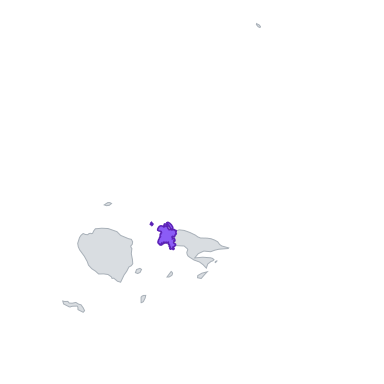 Bua, Northern, Fiji (highlighted), rotated 42°
{"feature_id": "14151628B59272471160482", "entity_name": "Bua", "entity_type": "district", "adm_level": 2, "iso_a3": "FJI", "parent_name": "Fiji", "parent_adm1": "Northern", "projection": "natural_earth1", "projection_center": [178.732, -16.793], "detail": "fine", "context": "in_parent", "style": "filled", "palette": "violet", "viewbox_px": 384, "rotation_deg": 42, "n_neighbors": 0, "source": "geoboundaries", "source_scale": "gbopen_adm2", "svg_char_len": 7051}
<svg xmlns="http://www.w3.org/2000/svg" viewBox="0 0 384 384"><g transform="rotate(42 192 192)"><path d="M182.6,270.8L182.6,273.1L183.9,274.0L185.1,274.2L188.2,278.5L193.1,282.2L196.0,285.0L196.2,287.4L195.3,290.0L196.5,294.5L197.1,299.3L199.3,306.8L196.3,308.2L191.5,308.4L190.4,309.7L188.8,309.0L184.8,309.5L181.1,312.0L177.5,315.4L173.3,315.4L168.7,316.1L164.0,315.6L160.7,313.8L155.0,311.8L147.3,310.2L144.1,308.8L141.4,306.6L138.9,301.1L138.5,298.4L138.9,295.7L141.2,294.9L143.1,293.5L143.3,291.8L144.2,290.6L145.2,290.2L145.8,289.3L145.0,286.6L144.8,284.0L149.2,279.3L154.1,275.3L162.7,271.7L168.0,272.0L176.0,269.2L178.6,267.8L181.2,268.7L182.6,270.8ZM256.7,209.8L250.2,216.6L247.8,220.1L245.8,223.9L240.3,228.0L237.9,233.6L238.1,239.2L243.6,233.3L249.8,228.5L251.7,227.6L253.7,227.6L253.5,229.3L252.6,230.9L251.9,235.1L253.6,239.0L249.0,238.6L244.4,239.0L239.0,241.2L233.6,242.1L231.7,242.2L229.8,241.4L228.5,240.3L227.5,237.7L226.5,237.3L222.3,237.4L216.0,242.5L213.9,246.9L211.5,247.1L208.6,246.2L205.1,249.5L201.0,250.8L199.2,247.9L198.0,244.4L196.5,241.9L192.0,241.2L192.7,238.1L193.9,236.8L195.0,234.9L195.7,232.8L197.8,234.2L200.1,235.0L202.6,233.4L205.2,233.3L207.8,228.7L211.9,225.8L217.5,223.5L223.3,221.8L226.3,221.5L229.1,220.5L234.1,216.2L237.4,214.0L241.0,212.6L244.4,211.8L247.6,212.5L250.2,212.2L256.7,209.0L256.7,209.8ZM191.6,352.1L191.6,354.2L186.0,355.7L184.2,353.9L183.0,353.6L179.7,356.8L178.8,358.1L178.4,359.0L177.6,359.5L171.5,361.1L168.9,359.5L170.7,358.5L172.9,356.4L175.1,356.7L177.4,354.8L179.6,351.8L182.8,351.2L185.0,350.1L188.7,350.9L191.6,352.1ZM256.7,250.1L253.5,252.0L252.2,250.2L253.7,245.7L256.7,241.1L256.6,244.8L256.7,250.1ZM228.6,307.9L228.2,308.3L224.5,304.2L224.6,302.6L225.3,301.2L226.8,299.8L228.1,302.1L229.2,306.0L228.6,307.9ZM206.2,288.9L203.9,289.8L202.7,286.7L204.4,283.6L206.3,283.3L207.2,286.5L206.2,288.9ZM231.8,270.6L230.3,271.9L229.7,265.0L231.1,265.0L232.2,265.7L232.8,267.5L231.8,270.6ZM137.6,259.4L135.4,260.3L136.5,256.2L137.8,255.0L138.6,254.7L139.9,254.4L139.4,257.3L137.6,259.4ZM132.3,24.4L130.6,24.9L127.8,24.5L127.3,23.6L128.1,23.5L129.9,22.9L132.1,23.2L132.5,23.7L132.3,24.4ZM256.7,228.7L256.1,228.7L256.0,227.8L256.7,226.1L256.7,228.7Z" fill="#d9dde1" stroke="#a8b0b8" stroke-width="1"/><path d="M211.7,239.4L211.5,239.5L211.3,239.5L211.2,239.6L211.2,239.4L211.2,239.2L210.9,239.1L210.8,238.8L210.8,238.7L210.5,238.6L210.4,238.5L210.0,238.4L209.9,238.3L209.7,238.6L209.7,238.8L209.5,239.0L209.3,239.0L209.0,239.6L208.9,239.3L208.9,239.2L208.8,239.3L208.7,239.2L208.2,239.3L208.2,239.2L207.7,239.0L207.3,238.8L207.2,238.8L207.2,238.6L207.1,238.4L207.1,238.2L207.3,237.8L207.5,237.7L207.8,237.6L208.1,237.6L208.3,237.5L208.4,237.2L208.5,237.0L208.5,236.8L208.6,236.7L208.8,236.6L208.8,236.4L208.7,236.1L208.6,235.9L208.5,235.7L208.4,235.5L208.2,235.4L208.2,235.1L208.2,234.8L208.2,234.7L208.3,234.6L208.2,234.4L208.2,234.2L208.3,234.1L208.2,234.0L208.2,233.9L208.0,233.7L207.9,233.6L208.0,233.5L208.0,233.4L207.9,233.4L207.8,233.5L207.7,233.3L207.4,233.2L207.2,232.9L207.2,233.0L207.1,232.9L206.5,232.2L206.6,231.9L206.5,231.7L206.3,231.4L205.9,231.6L205.7,231.5L205.6,231.4L205.3,231.6L205.4,231.9L205.2,232.0L205.0,231.9L204.4,232.0L204.4,231.9L204.2,232.0L204.0,231.8L203.8,231.8L203.5,232.0L203.3,232.3L203.2,232.6L203.1,232.9L203.0,233.0L203.0,232.8L202.8,232.8L202.7,233.0L202.1,233.5L201.6,234.1L201.3,234.2L201.2,234.2L201.0,233.7L200.9,233.6L200.7,233.6L200.6,234.3L200.5,234.7L200.5,235.0L200.3,235.4L199.6,235.2L198.4,235.2L198.1,234.9L197.8,234.7L197.3,234.1L197.2,234.0L196.9,234.2L196.7,234.3L196.5,234.6L196.2,234.6L195.8,234.5L195.8,234.3L196.3,234.1L196.1,233.8L195.6,233.3L195.2,233.1L194.9,233.0L193.5,233.6L193.3,233.7L192.9,234.2L192.9,234.3L193.2,234.7L193.3,235.1L193.3,235.5L193.7,235.7L194.4,235.5L194.7,235.3L194.9,235.1L195.0,235.2L194.8,235.9L194.9,236.0L194.7,236.3L194.7,236.5L194.4,236.9L193.4,237.0L192.6,237.2L191.8,237.7L191.2,238.3L191.0,238.8L190.8,239.4L190.8,240.6L191.0,241.3L191.2,242.3L191.8,243.2L192.2,243.4L192.8,243.1L193.4,243.1L195.1,242.1L195.6,242.0L195.8,242.1L196.2,242.6L196.6,242.7L196.4,243.4L196.5,243.5L196.4,243.6L196.5,243.7L196.5,243.8L196.9,244.0L197.0,244.2L196.9,244.3L196.7,244.4L196.6,244.6L196.7,244.8L196.8,244.9L197.4,245.6L197.9,246.3L198.0,246.4L198.4,246.4L198.3,246.7L198.5,246.8L198.4,247.1L198.4,247.5L198.6,247.6L198.6,248.0L198.9,248.7L199.0,248.9L199.1,249.1L199.1,249.3L199.1,249.6L199.1,249.8L199.3,250.1L199.4,250.5L199.5,250.6L199.7,251.1L200.0,251.2L200.0,251.3L200.1,251.9L200.4,252.0L200.6,252.4L201.2,252.6L201.6,252.6L201.9,252.6L202.2,252.4L202.5,252.7L203.0,252.8L203.4,252.8L203.8,252.7L203.8,252.4L203.4,252.2L203.5,252.0L204.1,252.3L204.4,252.2L204.7,252.0L204.9,251.6L205.0,251.0L204.9,250.8L204.8,250.7L204.3,250.6L204.0,250.6L203.8,250.5L203.7,250.2L204.7,250.2L205.0,250.1L205.3,249.8L205.4,249.5L205.2,249.3L205.1,249.2L205.5,249.1L205.6,248.9L205.5,248.6L205.2,248.3L205.0,248.2L204.7,248.1L204.9,247.9L205.3,247.7L205.6,247.8L205.8,247.8L206.2,247.6L206.3,247.3L206.3,247.2L206.3,246.8L206.6,247.0L206.9,247.0L207.4,246.7L207.5,246.4L207.5,246.0L207.7,245.7L207.8,245.4L208.0,245.1L209.5,246.6L210.1,246.5L210.2,246.3L210.9,246.5L211.0,247.0L211.2,247.4L211.4,247.7L211.7,247.8L212.1,247.8L212.3,247.6L212.3,247.4L212.7,247.4L212.9,247.6L213.2,247.8L213.5,248.2L213.5,248.3L213.4,248.5L213.1,248.6L213.2,248.8L213.3,248.9L213.9,249.0L214.2,249.0L214.5,248.7L214.7,248.2L214.8,247.9L215.2,247.5L215.7,247.4L216.4,247.4L216.5,247.4L216.7,247.1L216.7,246.6L216.8,246.5L216.8,246.3L216.6,246.0L216.5,245.9L216.3,245.9L216.1,246.0L215.7,246.1L215.3,245.9L215.2,245.9L215.1,245.6L214.9,245.7L214.8,245.9L214.7,245.9L214.6,245.7L214.8,245.3L215.1,244.9L215.3,244.3L215.2,243.7L215.4,243.1L215.4,242.7L215.2,242.2L214.8,241.9L214.7,241.9L214.5,241.7L214.4,241.7L214.3,241.8L214.2,242.0L213.9,242.0L213.5,242.1L213.3,242.1L212.8,242.1L212.4,241.9L212.3,242.0L212.2,241.9L212.0,241.7L211.9,241.6L211.8,241.4L211.8,241.1L211.8,240.8L211.9,240.5L211.8,240.4L212.0,240.1L211.9,240.0L211.7,239.7L211.8,239.6L211.7,239.4ZM202.0,233.3L202.2,233.1L202.3,232.8L202.2,232.1L201.7,231.4L201.2,231.0L200.0,230.6L198.7,230.2L196.5,230.1L194.6,230.5L194.2,230.8L193.8,231.7L194.0,231.8L195.0,232.2L195.8,232.2L197.9,232.6L199.0,233.0L200.4,233.3L201.3,233.3L201.7,233.3L202.0,233.3ZM182.5,241.6L182.4,241.6L182.5,241.8L182.3,242.0L182.6,242.1L182.6,242.4L182.9,242.5L183.0,242.5L183.0,242.8L182.9,242.9L182.7,243.0L182.8,243.1L183.0,243.1L183.2,243.3L183.4,243.3L183.6,243.6L183.8,243.5L184.0,243.6L184.0,243.8L184.1,243.5L184.2,243.4L184.4,243.4L184.4,243.6L184.6,243.7L184.7,243.3L184.7,243.1L184.5,242.9L184.3,242.9L184.2,242.8L184.2,242.6L184.5,242.4L184.5,242.2L184.5,241.9L184.2,241.9L184.1,242.2L184.0,242.3L183.9,242.2L183.8,242.3L183.6,242.1L183.4,242.2L183.4,241.9L183.2,241.9L183.1,242.1L182.8,242.0L182.7,241.8L182.6,241.7L182.5,241.6ZM182.8,244.0L182.8,243.8L182.6,243.6L182.6,243.4L182.5,243.5L182.6,243.9L182.7,244.0L182.8,244.0Z" fill="#8b5cf6" stroke="#5b21b6" stroke-width="1.5"/></g></svg>